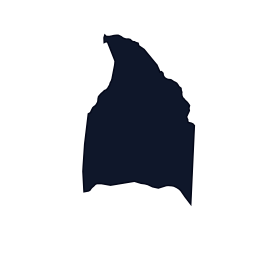 the district of Quixeré, Ceará, Brazil, rotated 67°
{"feature_id": "56859067B90089990394430", "entity_name": "Quixeré", "entity_type": "district", "adm_level": 2, "iso_a3": "BRA", "parent_name": "Brazil", "parent_adm1": "Ceará", "projection": "mercator", "projection_center": [-37.907, -5.11], "detail": "fine", "context": "isolated", "style": "filled", "palette": "ink", "viewbox_px": 256, "rotation_deg": 67, "n_neighbors": 0, "source": "geoboundaries", "source_scale": "gbopen_adm2", "svg_char_len": 1491}
<svg xmlns="http://www.w3.org/2000/svg" viewBox="0 0 256 256"><g transform="rotate(67 128 128)"><path d="M151.7,66.0L149.6,66.7L148.1,68.1L146.5,70.4L144.9,70.3L143.6,69.8L142.1,69.9L140.5,69.7L136.0,64.8L133.5,64.2L131.3,62.6L128.8,63.1L127.1,63.6L124.7,64.7L123.1,65.1L121.5,65.8L119.5,65.8L117.5,65.3L116.1,64.5L114.0,64.3L112.1,63.7L109.8,65.0L108.0,65.2L105.8,65.7L104.4,66.7L103.2,67.8L101.8,68.7L100.3,69.7L99.6,71.0L98.9,72.3L97.7,73.5L96.2,74.5L94.8,74.9L93.3,75.0L91.2,74.4L89.2,75.2L89.0,76.7L81.1,76.8L79.7,77.3L68.2,80.7L65.8,81.4L62.0,82.5L56.5,86.0L53.9,85.6L52.3,87.5L51.1,88.4L50.4,89.8L49.1,90.7L47.5,91.3L46.4,92.7L45.4,95.1L44.0,96.7L42.9,97.7L41.4,98.5L40.1,99.6L38.8,100.8L38.2,102.3L37.4,104.8L37.0,107.2L36.5,109.5L35.2,112.3L33.4,113.0L35.5,114.8L40.0,116.5L39.9,114.8L40.8,113.2L61.3,113.7L63.8,115.0L65.3,115.9L76.6,123.5L78.2,124.9L79.7,126.8L81.3,128.0L82.3,129.5L83.5,131.0L84.4,133.0L84.4,135.1L85.3,137.4L85.8,139.1L86.6,140.8L87.6,142.8L89.4,144.1L91.0,144.9L92.3,145.7L93.7,147.5L94.7,149.1L95.1,151.0L95.6,152.4L97.0,154.1L99.2,156.5L99.5,159.0L126.0,174.2L145.8,184.2L150.3,186.4L169.5,193.4L170.5,188.9L170.3,187.3L169.2,185.7L168.5,184.1L168.0,182.4L167.0,180.1L167.0,178.3L168.7,174.3L173.8,166.4L179.5,142.9L184.0,137.5L185.8,134.4L187.7,131.9L191.7,128.3L195.1,123.5L195.9,115.4L196.5,113.5L198.3,110.0L199.5,108.3L202.1,106.1L204.4,104.6L206.4,103.8L213.7,102.3L222.6,100.0L151.7,66.0Z" fill="#0f172a" stroke="#020617" stroke-width="1.5"/></g></svg>